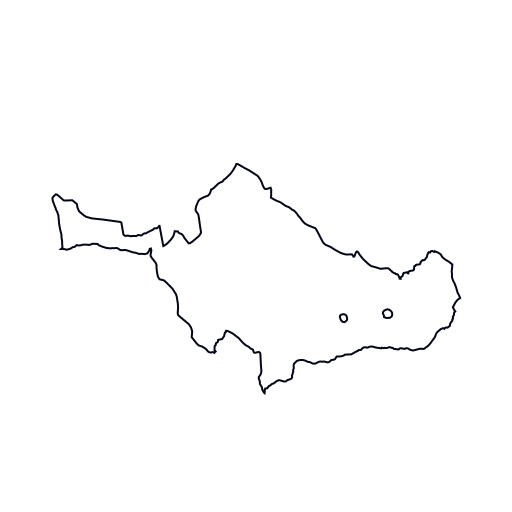 Kole, Kasaï-Oriental, Democratic Republic of the Congo (Natural Earth projection), rotated 310°
{"feature_id": "63176286B77592742780307", "entity_name": "Kole", "entity_type": "district", "adm_level": 2, "iso_a3": "COD", "parent_name": "Democratic Republic of the Congo", "parent_adm1": "Kasaï-Oriental", "projection": "natural_earth1", "projection_center": [22.534, -3.425], "detail": "fine", "context": "isolated", "style": "outline", "palette": "ink", "viewbox_px": 512, "rotation_deg": 310, "n_neighbors": 0, "source": "geoboundaries", "source_scale": "gbopen_adm2", "svg_char_len": 6140}
<svg xmlns="http://www.w3.org/2000/svg" viewBox="0 0 512 512"><g transform="rotate(310 256 256)"><path d="M156.5,350.7L159.6,348.5L160.4,348.3L161.9,349.6L164.3,349.4L165.6,350.0L168.4,350.5L169.8,351.5L173.3,352.2L174.9,352.9L175.9,353.7L177.8,358.0L178.7,359.2L179.2,359.5L181.3,359.9L182.0,360.5L184.5,361.8L185.4,361.9L186.1,361.8L187.7,360.3L189.0,360.0L190.0,359.3L191.2,359.0L192.4,357.8L194.3,357.1L196.7,354.9L197.9,354.4L201.7,354.7L203.1,355.4L204.7,356.7L206.5,358.8L207.6,361.2L208.2,363.7L209.2,365.1L210.2,368.9L211.7,370.6L215.4,372.2L216.6,373.2L218.0,375.2L218.9,375.9L220.4,379.0L221.2,379.8L222.3,380.3L224.6,380.5L226.8,382.4L227.8,382.8L230.7,382.4L231.3,382.8L232.4,384.3L234.3,386.0L236.1,387.2L237.5,387.4L241.9,392.2L247.8,394.4L248.4,395.0L249.7,395.0L251.6,396.8L254.4,396.9L256.0,397.9L257.5,400.4L259.7,401.4L261.4,403.3L262.9,406.6L265.7,411.2L266.5,411.2L267.5,413.1L268.3,413.5L269.1,414.9L272.1,417.0L272.4,417.4L272.8,418.9L273.5,419.8L273.5,421.4L276.1,425.3L277.7,425.6L278.3,426.1L280.5,429.7L281.8,430.2L282.4,431.0L282.9,432.0L283.2,434.1L284.2,436.5L285.1,437.5L290.4,441.2L290.8,442.0L291.7,442.8L292.6,444.3L297.8,445.6L301.2,445.7L308.4,445.2L309.7,444.9L311.5,444.2L313.8,443.7L318.6,444.5L320.9,445.6L321.3,447.1L322.5,447.0L323.0,447.2L324.3,448.8L325.7,449.0L326.6,449.4L327.0,449.4L328.8,448.3L330.5,448.0L332.6,448.0L333.1,447.4L333.9,447.4L334.4,446.9L335.1,446.9L336.0,445.8L338.0,445.6L339.4,444.5L340.6,444.1L341.6,444.3L342.0,442.8L343.3,439.7L348.2,438.7L349.5,438.6L352.3,438.6L355.0,439.4L356.7,436.1L357.5,434.0L360.6,429.4L362.8,425.4L363.7,423.0L365.7,419.7L368.0,417.9L370.0,415.8L374.2,413.0L375.7,411.8L375.6,407.3L374.9,403.2L374.9,399.5L376.0,396.4L375.6,393.0L374.6,390.0L374.1,390.3L373.6,389.8L373.1,387.7L372.0,386.9L370.5,387.1L370.0,385.9L369.4,385.8L366.8,386.6L365.0,387.6L363.1,387.5L362.2,387.8L361.5,387.7L360.4,387.1L359.9,386.2L357.1,386.0L355.7,386.8L355.1,386.8L354.2,386.3L352.6,384.6L351.9,384.2L350.8,384.5L350.2,383.9L349.6,383.9L347.3,385.7L346.2,385.8L343.0,383.2L341.9,383.1L340.6,383.8L340.3,383.3L340.9,382.4L338.0,380.1L337.3,380.1L335.2,381.0L333.5,380.9L332.6,380.5L332.1,380.6L331.5,381.4L331.0,380.6L331.4,380.4L332.9,376.8L332.9,376.1L331.9,374.6L332.2,373.7L331.8,373.0L331.3,370.9L331.6,369.6L331.5,368.0L331.7,366.5L331.5,365.1L330.1,363.4L326.3,359.7L323.8,353.8L322.3,350.7L322.1,347.2L322.5,340.0L323.6,334.5L324.5,332.0L324.6,330.9L324.0,330.2L322.4,330.4L319.4,331.5L318.5,331.5L318.1,331.1L318.6,330.0L318.9,328.4L315.0,324.0L313.9,321.7L312.8,318.9L311.5,312.4L310.9,307.5L309.3,302.1L309.3,299.9L309.6,298.3L313.8,288.3L315.2,284.6L315.4,283.3L314.7,281.5L312.9,275.9L312.3,272.6L312.6,269.8L313.1,267.3L313.6,265.9L313.9,263.0L314.7,260.1L315.1,257.6L315.2,255.7L314.7,253.8L314.6,250.0L313.4,246.4L313.1,242.5L312.8,239.9L311.8,237.1L311.1,234.4L310.3,229.9L312.5,228.4L315.4,225.9L316.2,225.5L317.7,223.3L314.6,221.4L313.2,219.9L313.3,218.4L314.4,215.9L316.1,213.0L317.1,210.8L317.7,208.9L318.3,206.5L318.4,205.2L317.1,195.2L316.3,191.9L314.8,183.3L313.9,181.8L311.7,182.5L306.3,183.4L302.4,183.6L295.8,182.9L293.8,182.4L292.1,182.5L290.9,182.3L289.7,181.5L287.2,180.6L281.5,180.0L279.1,179.5L278.0,178.9L276.0,179.9L273.3,180.6L271.2,180.4L269.3,179.2L266.5,177.8L263.2,176.5L261.1,176.5L255.5,178.2L252.9,179.7L251.9,180.8L250.8,184.9L249.1,187.1L242.4,194.5L239.9,197.5L238.3,199.0L235.8,199.4L234.2,199.4L226.1,198.0L223.4,197.2L222.4,196.3L223.8,189.6L224.7,187.4L225.0,184.8L224.2,182.7L224.1,181.8L224.6,180.3L223.8,179.4L222.7,177.8L220.4,179.0L217.6,180.0L214.3,180.3L208.8,180.0L204.8,179.0L204.0,178.6L217.6,162.1L216.4,162.7L213.5,162.3L211.8,160.3L209.8,160.1L205.3,158.1L202.6,157.1L201.6,156.0L200.5,155.5L198.5,155.2L197.8,154.7L196.6,152.6L196.1,152.1L194.3,151.5L192.4,149.0L190.5,147.2L189.3,144.7L188.0,143.7L187.2,142.5L187.2,140.7L195.1,131.3L194.7,129.9L185.4,115.1L179.3,106.1L176.9,100.9L176.5,98.1L176.5,91.9L178.2,88.3L180.7,85.4L180.6,79.4L176.9,75.4L175.1,73.2L175.0,72.0L175.2,66.3L175.0,63.7L174.3,62.9L172.2,62.7L170.3,62.6L169.5,62.9L168.2,64.2L167.5,65.1L164.6,70.2L164.1,71.3L162.9,73.2L162.0,75.4L160.0,78.6L153.9,84.7L150.3,89.1L147.6,92.8L146.3,94.2L145.2,95.1L142.8,97.9L141.0,99.4L138.0,102.4L136.0,102.1L138.1,104.7L139.1,106.9L142.0,109.0L145.3,110.1L146.1,111.0L146.8,111.3L149.1,111.6L150.1,113.5L151.8,115.1L153.5,116.2L155.8,118.9L157.4,121.3L160.3,122.9L163.4,126.9L163.2,128.7L164.4,132.4L166.1,136.4L168.6,140.0L169.5,140.6L170.6,142.1L172.4,143.9L172.9,144.8L173.4,148.2L173.9,149.2L176.4,151.7L177.4,153.6L179.6,159.2L181.1,161.7L182.4,165.1L183.7,166.4L186.0,169.6L188.2,171.1L191.9,170.7L193.2,170.0L194.1,170.7L193.7,171.0L193.1,172.2L189.2,174.4L188.1,175.5L187.4,178.3L186.4,183.1L185.6,184.9L185.0,185.8L183.4,187.0L180.2,190.3L177.3,193.9L176.5,195.9L176.2,197.2L177.8,200.3L178.2,201.6L178.1,203.9L177.3,212.8L175.4,218.9L174.1,221.2L169.5,226.5L166.5,229.4L162.1,232.6L160.9,233.9L160.6,234.9L160.6,248.4L159.6,251.9L157.8,254.8L156.7,256.0L152.5,258.9L150.8,267.0L150.7,269.7L152.0,272.8L152.5,276.2L152.5,278.2L152.0,280.8L152.2,281.8L153.0,283.5L154.8,284.8L155.0,286.4L155.7,286.3L156.9,286.5L157.2,284.8L159.6,282.8L160.7,282.2L161.8,282.4L163.4,281.4L165.5,282.0L167.4,280.9L170.0,282.9L170.4,283.4L174.0,283.1L177.2,281.5L178.2,281.8L178.8,281.3L179.4,281.1L180.3,282.4L181.5,287.0L181.7,288.7L182.0,295.6L181.2,300.9L181.0,305.1L181.8,308.7L181.6,310.8L182.3,314.0L181.0,315.7L180.8,316.9L181.8,318.0L182.7,318.5L184.4,320.0L184.4,321.3L183.9,322.2L176.2,329.3L171.4,334.0L169.8,335.1L168.2,335.6L166.8,335.9L165.5,335.8L164.2,336.5L163.0,338.3L162.5,339.5L160.5,341.2L159.4,344.6L157.7,346.7L156.5,349.8L156.5,350.7ZM292.7,392.1L293.6,390.0L295.1,389.3L296.6,389.3L298.5,390.2L299.7,391.0L300.3,392.1L300.6,393.8L300.5,395.2L300.0,396.7L298.7,398.0L297.0,398.8L294.7,398.3L292.3,395.7L291.5,393.4L292.7,392.1ZM263.0,366.6L262.0,366.1L261.2,364.3L261.5,362.2L263.1,359.5L264.5,358.7L265.7,359.0L267.3,360.0L268.1,361.1L268.5,362.5L268.3,363.7L267.6,364.8L266.8,365.9L265.7,366.8L264.3,366.8L263.0,366.6Z" fill="none" stroke="#020617" stroke-width="2"/></g></svg>